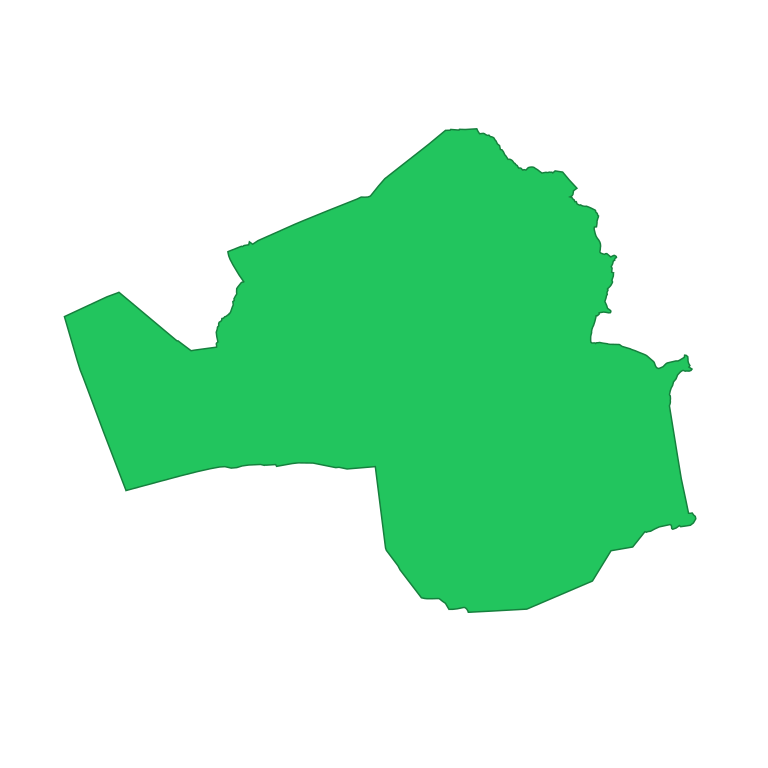 the district of Purépero, Michoacán, Mexico, rotated 352°
{"feature_id": "50627088B73803065324582", "entity_name": "Purépero", "entity_type": "district", "adm_level": 2, "iso_a3": "MEX", "parent_name": "Mexico", "parent_adm1": "Michoacán", "projection": "robinson", "projection_center": [-101.968, 19.91], "detail": "fine", "context": "isolated", "style": "filled", "palette": "green", "viewbox_px": 768, "rotation_deg": 352, "n_neighbors": 0, "source": "geoboundaries", "source_scale": "gbopen_adm2", "svg_char_len": 6153}
<svg xmlns="http://www.w3.org/2000/svg" viewBox="0 0 768 768"><g transform="rotate(352 384 384)"><path d="M113.7,453.6L128.0,451.8L150.4,449.0L155.0,448.5L157.0,448.2L169.1,446.7L186.8,444.8L200.4,443.7L209.7,443.3L215.0,443.7L221.0,446.0L226.6,446.3L232.1,445.4L238.7,445.4L250.6,446.5L254.2,447.9L254.5,447.7L256.5,448.0L265.5,448.7L266.2,450.6L282.0,450.0L286.4,450.1L288.4,450.2L302.7,452.4L324.6,460.1L327.8,460.2L335.6,463.0L363.9,464.6L363.1,518.7L362.7,546.7L363.2,549.1L372.5,565.9L374.1,570.4L391.3,600.9L394.6,602.1L396.7,602.6L402.4,603.4L407.1,603.9L408.8,604.2L411.6,607.2L414.3,609.7L417.0,616.2L421.0,616.7L425.4,616.8L429.8,616.5L431.2,616.4L431.9,616.4L432.9,616.6L433.9,617.5L434.7,618.6L435.1,619.5L435.6,620.6L435.5,621.4L435.9,621.8L457.3,623.7L494.1,626.8L563.0,608.1L585.6,580.7L607.6,580.0L621.8,566.6L622.5,566.8L622.7,567.0L623.0,567.3L623.7,567.1L624.0,567.1L624.9,566.9L627.5,566.9L631.7,565.3L636.7,563.8L640.9,563.5L647.7,563.0L648.5,563.6L648.9,564.9L648.8,567.1L649.7,568.0L653.2,567.3L654.7,566.5L656.8,565.3L657.9,566.6L663.7,566.6L667.8,566.5L671.1,564.6L674.0,560.9L673.9,559.0L673.8,558.4L673.5,558.1L673.2,557.7L672.7,557.3L672.4,556.8L671.2,554.6L669.9,554.7L668.7,554.6L667.6,554.4L666.8,542.0L665.2,519.1L664.7,498.8L664.4,484.4L664.4,483.5L664.1,470.0L663.6,445.3L664.6,443.3L665.1,441.7L665.2,440.1L665.6,438.6L665.8,436.4L665.8,435.5L665.5,435.2L665.3,434.7L665.3,433.9L665.8,432.6L666.4,430.9L667.8,428.0L669.6,425.6L671.0,422.2L673.9,419.6L676.0,415.9L678.8,413.6L679.9,412.9L681.5,412.2L682.6,412.3L684.0,413.2L685.4,413.2L688.0,413.7L689.9,413.3L691.1,412.1L688.3,409.7L689.5,408.3L688.6,406.2L688.3,404.4L688.3,402.9L688.5,401.6L688.6,399.2L687.1,397.6L685.7,397.3L685.1,399.4L682.1,400.7L680.2,401.5L678.4,402.1L676.1,401.8L671.4,402.2L667.4,402.6L666.6,402.9L665.9,403.3L664.7,404.2L662.8,405.7L660.0,406.5L658.7,406.8L657.8,406.8L656.5,406.0L655.8,405.0L655.3,403.6L654.6,400.4L654.3,399.7L653.8,399.0L651.5,396.4L648.9,393.4L648.0,392.4L646.9,391.6L645.3,390.6L642.1,388.8L637.2,385.9L634.6,384.6L633.7,384.1L632.7,383.4L629.8,382.1L625.0,379.9L624.0,379.0L623.0,378.0L622.8,377.8L622.2,377.6L616.2,376.6L613.5,376.2L611.9,375.8L610.7,375.2L609.3,374.8L606.8,374.1L604.7,373.4L603.5,372.9L601.4,372.9L600.1,372.8L599.2,373.3L599.0,372.9L598.6,372.7L597.9,372.6L595.7,372.4L594.7,371.5L594.7,369.6L595.3,365.7L596.0,363.8L596.7,362.2L596.8,361.1L597.4,359.1L598.7,356.5L599.6,355.3L601.5,351.4L602.9,347.9L603.6,345.9L604.8,346.1L606.9,344.6L606.9,343.5L608.1,343.4L611.5,343.3L613.7,343.9L616.4,344.8L618.0,344.9L618.6,344.2L618.8,343.3L618.2,342.4L615.9,340.2L615.4,337.1L614.2,333.0L615.8,329.8L616.6,327.5L617.3,326.7L617.5,326.5L617.6,326.1L617.5,325.6L617.4,325.2L617.6,324.3L618.1,323.3L618.4,323.0L618.6,322.8L618.9,322.1L618.9,321.9L618.6,321.5L618.5,321.2L618.5,320.9L618.7,320.7L619.1,320.5L619.7,320.1L621.3,318.9L622.3,318.0L622.8,317.4L624.3,315.3L624.5,314.7L624.4,314.0L624.1,313.2L624.6,312.0L626.1,309.1L626.5,307.2L626.6,306.2L626.8,305.9L625.0,304.9L626.0,301.0L625.3,299.5L627.1,296.9L628.0,294.6L628.6,293.8L629.6,293.7L629.6,293.4L629.6,293.1L629.7,292.7L630.1,292.2L630.6,291.5L631.0,291.3L631.4,291.3L631.8,291.1L631.8,290.7L631.7,290.1L631.5,289.8L630.7,289.2L630.3,288.8L630.0,288.7L629.3,288.7L628.3,289.0L626.2,289.7L622.8,285.9L621.5,285.8L620.3,286.3L619.0,285.7L616.7,284.4L616.1,283.2L616.9,280.8L617.3,278.9L617.7,277.6L617.8,275.3L617.5,273.5L616.7,271.4L615.5,269.3L614.6,267.2L614.1,264.6L613.7,260.5L613.7,259.5L613.9,258.7L614.2,257.9L614.7,257.9L615.2,257.8L615.5,257.9L615.9,258.0L616.3,257.9L617.2,254.8L617.5,253.3L617.6,252.3L618.0,251.6L618.7,249.9L619.5,248.5L619.8,247.4L619.4,247.1L619.2,246.8L619.0,245.4L618.8,244.6L618.5,244.2L617.9,243.6L617.7,243.1L617.6,242.6L617.6,241.7L617.3,241.2L613.7,238.7L611.4,237.3L609.4,236.2L609.1,236.1L608.4,236.1L607.6,236.0L606.3,235.6L605.4,235.3L604.7,234.8L604.0,234.3L603.6,234.0L602.7,234.2L601.6,233.5L600.7,232.9L600.3,232.5L600.1,232.2L599.9,230.5L599.7,230.3L599.6,230.1L599.3,230.1L599.0,230.1L598.5,230.1L598.3,229.9L598.2,229.6L598.0,228.4L597.9,228.1L597.2,227.5L596.6,226.8L596.2,225.8L596.1,225.6L594.2,224.6L596.1,224.0L597.4,222.7L598.6,219.0L602.3,217.0L595.9,207.8L590.4,199.0L583.1,196.8L580.5,198.5L579.7,197.6L578.4,197.6L577.9,197.3L576.9,197.2L576.1,197.4L574.7,197.3L574.0,196.9L571.4,197.0L569.8,197.1L568.2,195.6L566.0,193.3L563.8,191.5L562.8,190.5L561.8,190.0L560.6,189.7L558.8,189.6L557.0,189.8L554.3,191.9L552.5,191.2L551.4,191.5L551.0,191.4L550.0,189.7L549.3,189.2L547.3,188.8L546.3,186.2L545.0,185.1L544.5,183.9L543.7,183.4L542.9,182.0L542.3,180.9L541.5,180.0L540.0,179.0L538.1,178.8L536.5,175.2L535.5,173.8L534.6,170.7L533.4,168.5L531.9,168.0L531.6,164.0L529.7,162.0L528.8,159.0L527.8,157.5L527.2,155.8L526.1,154.8L524.8,154.1L524.0,154.0L523.1,153.0L522.6,152.2L521.5,152.2L520.7,152.1L519.9,151.5L519.3,151.2L518.5,150.2L517.2,149.6L513.5,149.5L512.2,146.8L511.4,144.2L499.9,143.3L494.1,142.3L493.6,143.0L485.5,141.2L484.8,141.9L480.2,141.4L461.5,152.9L458.4,154.7L413.4,180.8L410.2,183.6L406.4,186.9L396.7,196.0L394.0,196.6L390.7,196.3L387.4,195.7L383.1,197.1L353.9,204.2L327.0,211.0L317.9,213.4L279.2,224.5L273.4,227.3L270.5,224.5L269.4,227.3L264.7,227.4L264.1,227.7L263.2,228.2L261.9,227.8L249.1,230.9L247.8,231.3L247.9,233.4L248.1,235.6L248.9,239.1L251.1,245.2L255.7,256.0L259.4,263.3L259.1,263.5L258.3,263.4L257.5,263.5L257.1,263.6L256.6,263.9L252.5,267.8L251.4,269.1L250.8,272.4L250.7,274.4L249.2,276.1L247.3,278.7L247.3,280.5L245.8,281.3L245.7,284.8L244.6,286.5L242.8,290.0L242.3,291.0L241.4,292.3L240.4,292.7L240.2,293.5L238.7,294.0L237.2,295.0L235.6,295.3L234.2,296.5L232.6,296.6L232.1,298.3L231.1,299.2L229.4,299.9L228.7,301.1L228.5,302.5L228.4,303.5L227.2,304.3L226.8,305.2L226.6,306.3L226.1,307.3L225.4,308.8L225.1,309.3L225.0,313.7L225.4,319.2L223.8,320.3L223.5,321.0L223.6,322.6L223.3,324.2L201.3,324.1L197.6,324.2L187.2,313.8L186.3,312.8L184.8,312.3L143.7,266.7L134.3,256.3L133.3,256.6L121.8,259.1L76.9,272.8L83.5,318.2L85.1,327.8L87.1,336.1L90.3,350.4L99.6,392.4L104.7,414.5L113.7,453.5L113.7,453.6Z" fill="#22c55e" stroke="#15803d" stroke-width="1.5"/></g></svg>